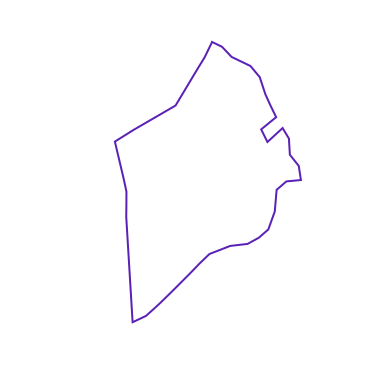 Mandoul Occidental, Mandoul, Chad (Natural Earth projection), rotated 27°
{"feature_id": "50815135B23154120961269", "entity_name": "Mandoul Occidental", "entity_type": "district", "adm_level": 2, "iso_a3": "TCD", "parent_name": "Chad", "parent_adm1": "Mandoul", "projection": "natural_earth1", "projection_center": [17.307, 8.609], "detail": "fine", "context": "isolated", "style": "outline", "palette": "violet", "viewbox_px": 384, "rotation_deg": 27, "n_neighbors": 0, "source": "geoboundaries", "source_scale": "gbopen_adm2", "svg_char_len": 645}
<svg xmlns="http://www.w3.org/2000/svg" viewBox="0 0 384 384"><g transform="rotate(27 192 192)"><path d="M100.4,182.1L124.5,210.5L133.4,221.4L139.0,232.5L144.8,244.2L198.2,335.0L198.3,334.9L207.3,323.2L213.3,307.5L219.4,289.5L226.8,266.7L231.5,251.3L235.7,239.3L250.5,222.7L265.0,213.1L272.3,202.4L277.0,190.7L274.6,171.8L266.4,151.6L271.3,139.7L283.6,131.9L275.3,120.3L262.3,114.4L254.1,100.4L243.7,93.9L236.5,113.2L225.2,104.8L233.0,87.1L222.5,79.2L213.1,71.7L200.2,58.9L186.9,53.2L166.1,53.7L152.8,49.0L141.7,49.2L141.8,49.9L142.1,66.2L140.7,84.4L138.1,122.4L111.6,163.4L100.4,182.1Z" fill="none" stroke="#5b21b6" stroke-width="2"/></g></svg>